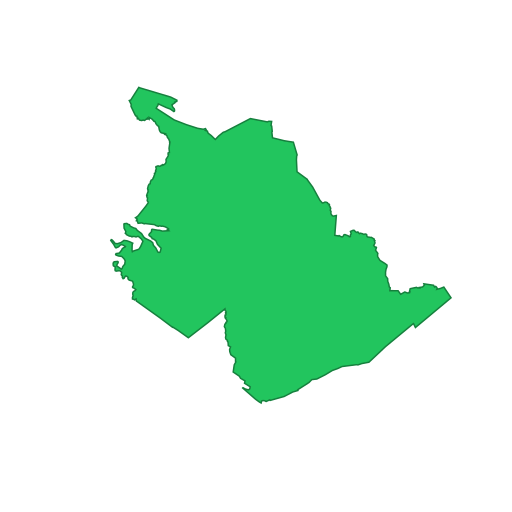 the district of Epitacio Huerta, Michoacán, Mexico, rotated 121°
{"feature_id": "50627088B38339693807546", "entity_name": "Epitacio Huerta", "entity_type": "district", "adm_level": 2, "iso_a3": "MEX", "parent_name": "Mexico", "parent_adm1": "Michoacán", "projection": "albers", "projection_center": [-100.284, 20.143], "detail": "fine", "context": "isolated", "style": "filled", "palette": "green", "viewbox_px": 512, "rotation_deg": 121, "n_neighbors": 0, "source": "geoboundaries", "source_scale": "gbopen_adm2", "svg_char_len": 6152}
<svg xmlns="http://www.w3.org/2000/svg" viewBox="0 0 512 512"><g transform="rotate(121 256 256)"><path d="M171.7,442.2L171.8,443.3L186.8,443.7L188.0,444.7L190.3,441.1L192.1,440.2L197.4,432.2L197.9,431.0L197.5,430.2L199.4,428.4L198.6,428.2L199.5,425.8L198.8,423.8L197.6,422.7L197.2,421.3L193.3,419.9L194.5,419.5L193.7,418.7L193.9,418.0L192.2,418.4L192.2,415.5L193.1,412.8L192.8,412.4L192.9,411.6L194.2,409.8L195.0,407.6L195.0,406.2L197.8,403.7L198.8,402.2L199.2,400.7L197.9,396.8L198.7,397.1L198.8,396.8L198.5,396.0L198.7,394.4L199.9,393.1L200.8,390.9L202.3,389.0L202.9,388.7L202.8,388.4L208.5,386.0L211.9,383.5L212.9,384.4L214.1,383.8L214.2,383.2L215.9,382.8L219.5,382.9L221.6,381.5L223.4,381.2L225.7,382.2L225.7,383.0L226.7,383.1L226.9,383.9L228.0,384.1L228.6,384.6L229.2,386.4L230.9,387.8L231.6,387.5L232.1,386.8L233.1,386.2L234.3,386.2L235.1,385.4L235.5,385.6L236.7,385.1L237.5,385.6L238.3,384.9L240.3,384.6L240.9,384.3L242.1,384.4L242.9,384.1L244.3,384.4L245.0,384.9L247.0,384.7L248.5,383.9L249.5,384.6L251.3,384.5L254.2,383.6L254.8,382.9L254.8,382.4L255.6,382.3L256.4,381.5L256.6,381.7L260.2,381.0L260.3,380.5L260.8,380.6L261.9,379.5L262.0,378.9L264.7,377.7L265.2,376.3L266.1,375.8L270.2,376.1L281.2,377.6L282.9,377.9L285.3,379.0L285.4,377.0L286.3,376.5L286.7,376.9L287.4,376.7L287.1,375.9L288.7,373.9L286.5,371.0L286.0,368.4L285.2,367.6L281.4,359.2L281.4,357.1L280.8,354.9L279.9,354.4L279.1,352.2L278.5,351.5L277.7,348.7L277.7,344.9L278.0,344.7L279.1,345.4L279.3,343.9L282.9,349.1L283.6,351.9L284.5,353.6L286.5,358.7L286.9,359.0L287.6,358.9L288.6,358.2L290.0,358.3L291.8,358.8L293.0,358.7L293.5,358.1L293.8,355.1L294.6,353.9L294.2,352.5L294.5,349.6L296.8,346.4L298.2,341.3L302.0,340.2L302.4,340.3L303.0,341.3L303.2,342.1L300.7,346.1L299.7,349.4L297.8,351.4L297.4,354.0L297.9,360.0L297.5,362.1L295.7,365.7L295.2,370.9L294.3,373.2L294.9,375.3L295.2,379.0L294.9,379.9L294.3,380.5L294.7,381.9L294.6,383.5L296.1,385.5L296.6,385.7L300.1,383.4L302.1,380.1L303.9,379.7L303.9,378.8L304.4,378.1L304.2,374.9L303.5,373.4L303.5,372.1L302.7,371.7L301.7,369.8L301.5,368.7L299.9,367.3L299.8,366.8L300.4,363.2L301.6,360.5L307.2,359.8L309.9,359.8L310.9,360.2L314.8,363.6L316.0,364.2L314.8,365.3L310.0,368.0L308.5,368.2L308.8,371.4L309.4,374.4L310.6,377.2L313.9,378.6L316.7,381.0L317.8,383.1L316.8,385.9L316.3,388.0L316.5,388.5L317.5,388.5L319.4,383.9L321.2,380.8L321.1,380.1L318.9,378.5L316.6,378.0L315.4,377.0L315.1,375.5L315.1,372.8L315.7,372.8L317.3,373.9L318.7,374.4L320.1,374.2L323.9,374.7L326.0,377.2L327.0,377.1L327.3,376.5L326.8,373.8L325.5,370.9L326.3,367.7L327.5,365.6L330.9,364.2L332.2,364.6L334.1,364.7L335.6,364.3L336.6,364.6L336.2,370.3L334.7,370.8L332.8,370.7L332.0,371.2L331.9,371.8L333.9,374.5L334.8,374.9L336.0,374.6L337.5,373.6L337.9,373.1L337.8,371.1L340.5,369.7L341.1,369.1L341.0,368.1L339.3,366.0L338.8,365.1L338.8,364.2L339.2,362.9L339.7,362.4L341.1,362.1L341.6,361.6L341.9,360.3L343.2,359.6L343.9,358.2L343.0,357.6L340.5,357.6L339.9,356.5L340.2,354.6L341.5,354.0L342.0,352.3L341.2,349.3L341.3,348.6L343.2,346.5L344.5,345.9L345.8,346.0L346.4,345.7L346.6,345.3L346.4,344.3L346.6,341.7L347.9,341.8L349.3,342.6L350.5,342.8L352.1,342.1L353.3,340.9L355.3,340.5L356.5,339.7L356.1,338.6L356.2,337.5L354.6,336.7L356.2,335.4L358.5,306.2L360.1,290.9L359.8,290.8L359.9,284.5L360.9,271.9L338.1,263.0L317.3,255.4L318.6,254.4L318.8,253.4L319.3,252.8L320.4,252.9L320.7,252.5L320.5,252.3L321.8,251.6L322.5,251.6L322.7,252.0L324.4,251.1L324.4,250.2L325.1,250.2L325.6,248.8L326.5,247.4L327.2,247.1L328.4,247.6L329.3,247.1L329.9,247.5L331.0,247.4L332.9,246.7L333.6,245.2L335.0,244.0L336.3,243.1L337.4,242.9L338.2,242.2L339.0,241.1L341.5,240.2L342.7,239.1L343.0,237.2L344.0,236.4L344.1,235.7L347.1,233.6L347.0,231.0L349.7,230.5L351.5,229.2L353.6,226.7L354.1,220.9L356.9,219.3L357.1,218.7L360.5,218.6L367.2,215.8L367.6,208.4L368.8,206.2L368.7,201.1L371.0,200.3L371.1,193.6L373.1,192.9L374.6,193.5L375.5,196.6L375.6,199.3L376.0,199.4L379.0,182.7L379.4,178.3L379.4,175.9L377.4,176.5L376.3,175.6L375.6,174.1L375.5,172.4L372.2,170.1L372.5,169.5L361.9,159.5L353.7,154.5L349.7,150.8L349.2,151.4L337.1,145.4L333.2,144.5L330.1,140.5L322.0,135.4L314.8,131.6L310.4,128.0L306.4,125.3L297.5,114.0L296.8,112.5L293.7,109.9L288.9,104.5L266.9,98.3L233.1,86.4L232.8,86.2L235.2,82.5L191.4,67.3L185.9,79.0L188.8,81.2L191.4,83.8L190.4,83.9L189.7,85.3L189.5,86.3L190.6,87.0L189.6,88.7L193.4,97.8L194.3,96.7L195.9,97.0L196.8,97.3L198.8,99.7L199.1,99.2L200.2,101.2L200.2,102.3L204.6,107.0L207.6,106.1L207.4,105.7L208.3,105.4L209.7,107.1L210.2,109.9L214.3,112.3L212.6,116.3L216.8,123.4L214.1,124.6L213.9,125.8L211.8,127.6L209.9,130.0L207.6,131.5L206.3,134.7L203.2,136.6L200.5,137.7L197.8,138.2L196.3,139.0L196.0,141.7L195.9,147.5L194.0,151.3L192.4,152.4L191.0,152.9L189.5,156.5L186.7,157.1L186.5,157.7L187.0,158.6L186.4,160.5L183.5,160.7L182.1,162.1L181.5,162.1L181.5,162.9L180.6,163.4L180.6,166.8L181.4,167.9L181.6,169.0L182.1,169.5L182.2,170.5L182.0,171.1L180.7,172.1L180.6,173.0L181.0,173.9L181.9,174.6L182.1,176.4L182.7,178.3L183.6,178.9L182.9,181.1L183.9,181.7L183.9,183.6L183.4,184.9L183.9,186.0L186.3,187.7L187.9,185.9L189.6,185.9L190.7,185.1L191.2,185.4L191.4,186.4L191.2,187.3L191.8,190.8L192.4,191.5L194.6,191.5L195.4,192.1L195.7,193.5L195.7,195.3L196.3,195.5L197.7,199.1L179.9,208.0L182.0,210.2L182.2,211.5L181.1,213.7L179.1,214.7L178.6,215.9L176.5,216.6L176.2,217.5L175.4,218.1L175.1,219.2L174.0,219.6L173.9,220.0L174.1,221.4L173.5,222.2L173.8,223.7L174.3,224.7L175.5,225.4L176.4,226.5L175.3,230.0L167.7,243.0L164.2,251.3L163.9,251.5L162.7,264.2L152.7,270.9L149.4,272.6L148.2,272.8L139.2,282.6L142.6,291.0L146.2,302.7L141.7,306.2L140.9,306.2L136.5,309.5L136.5,310.3L132.6,311.9L133.9,314.4L135.2,315.3L141.1,331.6L165.4,346.5L166.8,347.8L172.3,349.8L177.1,350.9L175.8,356.5L175.4,360.0L175.0,360.9L174.0,361.9L174.4,363.9L173.6,363.5L172.8,364.9L174.5,366.5L176.6,371.8L179.3,383.4L181.5,396.1L180.8,417.6L178.9,417.8L177.7,417.6L175.9,418.1L175.0,409.6L174.2,405.1L174.5,400.8L173.9,400.5L172.9,400.9L171.9,401.9L171.3,404.0L169.7,405.9L166.3,404.4L165.9,404.9L164.3,403.5L163.2,404.0L163.7,410.9L171.7,442.2Z" fill="#22c55e" stroke="#15803d" stroke-width="1.5"/></g></svg>